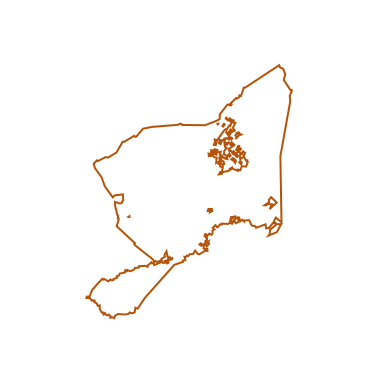 Baarle-Nassau, Noord-Brabant, Netherlands (Albers equal-area conic projection), rotated 320°
{"feature_id": "6326949B26201619362436", "entity_name": "Baarle-Nassau", "entity_type": "district", "adm_level": 2, "iso_a3": "NLD", "parent_name": "Netherlands", "parent_adm1": "Noord-Brabant", "projection": "albers", "projection_center": [4.882, 51.437], "detail": "fine", "context": "isolated", "style": "outline", "palette": "amber", "viewbox_px": 384, "rotation_deg": 320, "n_neighbors": 0, "source": "geoboundaries", "source_scale": "gbopen_adm2", "svg_char_len": 6138}
<svg xmlns="http://www.w3.org/2000/svg" viewBox="0 0 384 384"><g transform="rotate(320 192 192)"><path d="M134.9,107.1L133.0,111.4L132.2,122.5L128.8,131.9L127.9,145.2L130.6,144.9L137.5,149.4L134.2,153.9L130.7,155.3L128.9,153.9L126.7,150.1L124.5,152.7L120.1,161.5L120.1,162.8L118.2,164.5L118.7,165.5L112.3,169.9L115.4,194.5L114.3,194.7L114.1,195.9L118.7,218.5L118.1,221.5L119.6,221.3L120.6,223.5L124.3,224.4L124.3,225.2L125.7,223.5L129.7,224.2L130.4,222.5L134.3,221.1L131.8,225.6L132.2,226.2L128.3,231.2L127.1,230.7L128.6,228.1L127.0,227.4L126.1,229.0L124.1,227.6L124.6,226.3L116.1,223.7L116.7,221.6L115.3,220.8L115.7,219.8L111.1,219.8L109.9,220.8L108.8,218.5L103.6,214.7L102.5,215.7L99.5,213.5L98.1,214.2L94.0,213.2L92.9,211.2L91.4,210.9L92.0,209.8L90.7,209.0L88.9,210.5L84.1,208.0L82.2,209.0L80.3,208.1L79.4,209.6L76.0,208.2L75.1,209.0L73.5,207.8L73.3,206.5L70.5,206.7L68.8,202.1L67.7,202.1L67.5,200.9L60.5,201.6L52.2,203.0L46.5,206.2L44.3,204.6L43.0,205.2L45.6,207.9L45.4,210.8L46.6,211.1L46.6,212.6L47.4,212.8L46.5,213.8L47.4,216.2L46.6,218.6L48.4,219.5L46.2,222.2L45.4,226.4L46.2,227.4L45.8,228.4L47.0,227.8L47.5,229.2L46.8,229.8L48.1,232.4L49.5,232.4L49.8,234.9L48.6,235.7L50.9,237.2L51.3,238.6L53.6,237.3L56.6,237.8L62.6,243.3L65.2,244.6L66.8,244.2L68.2,246.5L70.7,247.3L74.2,244.3L75.3,246.4L88.0,242.8L131.7,236.4L140.2,239.8L141.1,238.7L143.1,240.0L144.5,237.0L145.1,237.9L147.0,237.3L147.9,238.6L150.2,238.2L152.9,240.2L156.8,238.9L156.6,243.1L157.4,244.4L164.5,245.5L165.9,247.2L167.2,245.5L166.9,244.5L164.9,244.0L164.6,242.6L167.6,239.8L169.6,239.6L170.7,238.1L172.7,238.3L173.8,237.0L173.5,236.1L176.5,235.3L178.6,235.0L179.4,237.4L181.1,236.9L183.0,234.7L185.1,235.1L184.9,232.7L188.7,232.5L188.5,235.0L189.8,235.5L192.4,234.7L193.9,236.1L194.6,235.4L199.1,239.7L201.4,239.8L202.2,242.1L204.0,241.6L203.9,240.0L202.8,238.6L204.7,238.0L204.3,237.4L205.7,236.3L207.1,237.4L206.5,239.0L208.0,237.7L209.6,238.5L208.9,240.6L206.0,240.5L205.6,244.2L209.0,244.9L210.4,240.7L211.7,241.7L210.2,245.5L212.7,245.6L213.0,248.2L213.7,247.4L217.7,250.4L216.2,256.0L218.6,259.2L218.1,260.6L227.5,264.0L225.4,267.5L227.9,269.0L234.1,267.8L235.4,269.2L235.7,271.1L227.5,271.1L224.5,274.1L222.6,274.6L231.3,277.3L239.7,273.9L236.5,271.5L235.5,267.3L239.8,265.5L241.1,272.7L282.8,221.3L325.3,185.9L328.7,181.2L333.2,178.9L333.8,177.9L332.9,177.6L334.3,165.1L339.1,161.8L341.0,156.2L339.5,153.1L340.3,150.9L299.7,146.2L298.9,145.3L291.1,150.0L290.4,148.5L289.1,149.7L286.4,149.4L286.3,148.4L278.0,149.0L278.6,150.3L277.4,150.7L275.4,147.8L263.2,150.4L260.1,153.9L256.8,153.3L244.9,149.2L227.6,134.4L227.7,133.2L226.5,131.9L224.9,131.8L202.7,116.1L195.1,112.0L185.1,113.8L183.8,113.1L183.9,111.8L172.0,109.9L171.3,108.9L159.4,113.2L149.6,111.6L148.3,109.7L139.7,107.8L139.6,106.7L134.9,107.1ZM254.5,194.3L252.3,194.6L249.9,198.0L254.4,198.2L253.8,201.9L254.6,203.2L253.6,203.5L254.1,204.8L249.8,207.3L246.7,204.3L243.0,206.3L241.6,204.4L240.9,205.3L238.2,200.6L238.5,199.3L237.5,199.6L237.4,198.7L236.1,198.7L236.5,199.6L233.2,199.2L227.8,196.1L226.7,197.3L224.0,195.8L226.5,194.8L227.7,196.0L231.6,192.8L229.9,190.5L231.7,188.5L230.4,187.6L231.6,185.9L229.1,185.4L233.0,181.5L231.6,180.0L231.1,177.4L232.0,177.2L231.6,176.4L230.4,175.5L230.0,176.7L228.0,175.4L229.4,173.2L230.8,175.1L233.8,172.3L235.0,174.4L232.6,175.6L235.3,177.1L233.9,177.1L234.6,179.1L236.7,177.8L239.9,179.7L237.2,181.3L238.5,183.5L237.6,184.4L239.1,186.7L238.5,187.1L240.2,189.6L241.9,186.5L240.7,183.6L243.4,181.1L246.8,180.5L246.3,178.5L249.0,174.3L249.8,176.4L248.6,177.2L249.0,178.3L252.2,177.5L253.9,183.1L253.1,183.1L252.6,180.0L251.8,180.3L252.2,183.1L247.5,182.6L246.8,185.0L248.3,185.0L248.2,187.6L250.1,187.4L250.1,188.3L247.9,188.4L248.0,189.6L250.0,189.5L250.1,191.0L253.3,190.7L253.0,188.1L254.3,187.8L254.9,190.6L253.8,192.3L254.5,194.3ZM258.7,172.1L256.2,172.8L256.3,174.2L254.1,173.9L254.6,176.6L253.1,172.8L250.5,173.3L249.9,173.2L250.6,172.0L248.0,172.1L246.0,168.1L255.7,165.6L258.2,165.5L258.3,166.5L263.4,165.0L263.8,166.0L267.4,163.9L266.0,160.3L268.4,159.9L268.6,162.2L270.0,164.0L268.2,165.1L269.6,166.9L264.5,169.1L264.2,172.4L260.3,171.5L262.2,170.5L261.8,168.9L258.8,169.8L258.7,172.1ZM249.3,246.8L250.1,254.5L240.5,255.0L245.4,252.8L242.8,250.3L239.6,249.5L239.0,248.8L244.7,249.3L245.9,247.4L249.3,246.8ZM266.5,179.6L264.3,178.8L259.2,179.3L261.5,178.9L261.7,176.6L263.9,176.5L263.9,175.5L266.2,176.3L266.2,177.4L265.4,177.5L266.5,179.6ZM191.8,216.7L193.7,215.5L196.3,217.8L195.3,219.6L192.8,219.1L194.0,218.2L191.8,216.7ZM254.5,194.3L257.2,193.7L257.8,196.3L255.7,197.2L254.5,194.3ZM235.2,174.3L236.8,173.7L238.5,176.3L237.1,177.1L235.2,174.3ZM244.6,173.7L244.1,171.8L246.3,170.5L247.2,172.3L244.6,173.7ZM241.8,168.2L243.2,166.3L244.5,168.6L242.8,169.7L241.8,168.2ZM256.2,190.7L255.4,188.1L258.3,186.4L256.7,188.6L257.2,190.4L256.2,190.7ZM131.0,229.4L133.2,228.2L133.2,229.7L134.2,230.0L133.6,230.8L131.0,229.4ZM164.0,237.0L165.5,236.8L166.5,239.0L164.6,239.2L164.0,237.0ZM260.5,161.2L257.9,161.9L257.7,161.0L260.3,160.3L260.5,161.2ZM254.4,179.4L254.4,180.9L254.8,183.2L254.1,183.2L253.5,179.6L254.4,179.4ZM240.3,171.4L239.0,170.0L240.0,169.3L241.2,170.8L240.3,171.4ZM173.6,234.7L173.3,233.8L175.0,232.7L175.6,233.6L173.6,234.7ZM265.1,157.4L266.1,157.2L265.9,159.7L265.5,159.8L265.1,157.4ZM255.7,176.4L257.1,175.9L257.3,176.7L255.9,177.2L255.7,176.4ZM254.3,187.7L256.2,186.7L256.3,187.2L254.3,187.7ZM255.2,156.7L255.3,156.2L257.0,156.9L255.2,156.7ZM127.4,170.2L128.5,170.3L128.0,171.0L127.4,170.2ZM235.9,188.7L234.1,187.1L236.0,185.3L235.3,184.6L236.3,183.3L235.1,183.1L231.9,188.2L232.9,189.1L232.9,191.3L234.6,191.3L235.9,188.7ZM168.8,243.2L172.0,242.5L171.5,241.2L172.9,240.5L169.8,240.1L168.2,241.9L168.8,243.2ZM243.8,197.2L245.2,195.9L245.6,197.6L245.6,193.6L243.9,193.7L243.8,197.2ZM248.9,201.7L249.0,199.5L247.3,199.6L247.4,202.5L248.9,201.7ZM244.9,189.0L245.2,186.7L243.1,187.0L243.4,189.1L244.9,189.0ZM248.9,194.2L250.6,194.0L250.2,191.5L248.8,191.6L248.9,194.2ZM256.5,168.2L256.4,171.2L256.9,171.1L257.1,168.2L256.5,168.2ZM243.4,193.1L244.3,192.3L243.1,192.3L243.4,193.1Z" fill="none" stroke="#b45309" stroke-width="2"/></g></svg>